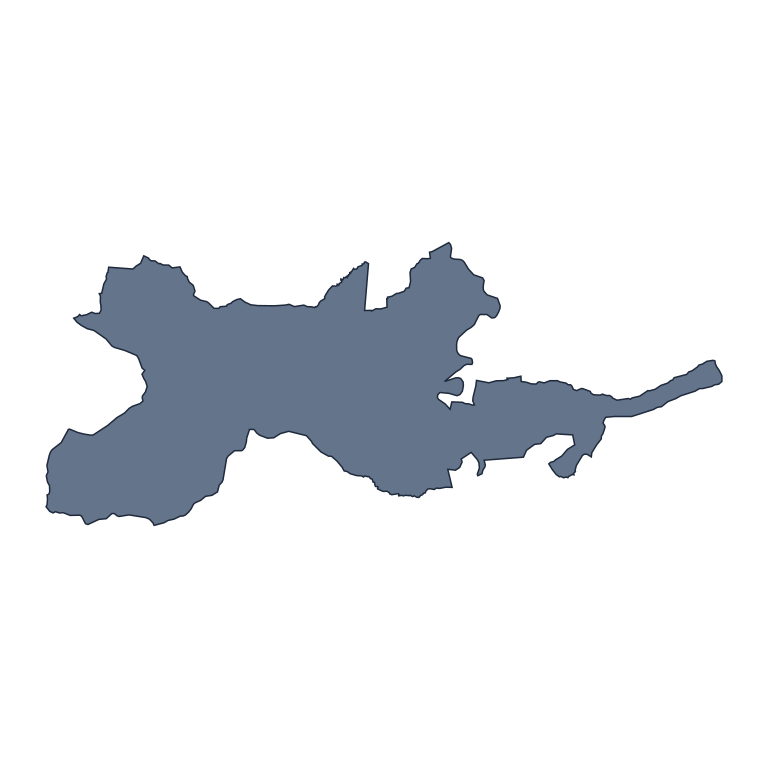 Maierus, Brasov, Romania (Mercator projection)
{"feature_id": "2599482B58193518368289", "entity_name": "Maierus", "entity_type": "district", "adm_level": 2, "iso_a3": "ROU", "parent_name": "Romania", "parent_adm1": "Brasov", "projection": "mercator", "projection_center": [25.543, 45.895], "detail": "fine", "context": "isolated", "style": "filled", "palette": "slate", "viewbox_px": 768, "rotation_deg": 0, "n_neighbors": 0, "source": "geoboundaries", "source_scale": "gbopen_adm2", "svg_char_len": 6087}
<svg xmlns="http://www.w3.org/2000/svg" viewBox="0 0 768 768"><path d="M714.9,360.9L713.2,360.3L706.9,361.3L702.3,364.1L698.9,365.1L697.6,366.8L692.4,370.6L688.7,372.0L686.7,374.4L674.2,377.7L672.6,380.0L670.6,380.6L667.7,383.1L660.9,385.4L655.1,389.3L649.5,390.8L647.9,390.6L639.6,396.2L632.1,397.9L630.3,399.3L628.4,398.5L617.0,400.2L612.5,398.0L612.0,397.0L609.7,395.5L606.3,395.5L602.4,394.1L600.5,395.1L593.6,394.8L591.1,393.2L590.2,391.4L583.0,388.7L581.4,388.5L576.6,390.6L573.4,389.4L571.9,386.1L570.6,384.8L568.0,384.7L566.1,383.1L559.9,381.9L557.6,380.7L550.0,380.7L544.1,382.9L539.3,381.8L537.9,382.3L536.3,384.0L531.3,383.9L526.4,382.2L521.2,381.5L520.9,376.2L513.7,377.8L507.0,378.2L507.8,379.5L503.7,380.6L496.2,380.8L488.9,382.8L476.5,380.4L475.8,386.2L473.2,396.6L472.7,400.7L474.4,404.9L472.7,405.1L468.5,403.8L465.3,403.7L462.4,402.3L451.8,401.9L450.1,409.3L445.1,403.9L438.4,399.3L437.4,397.4L437.8,394.6L440.0,392.5L449.2,393.4L457.0,395.7L460.0,394.5L462.4,391.2L463.4,385.6L463.1,381.9L460.7,378.5L458.3,377.7L455.5,377.9L444.5,381.5L455.9,371.9L460.0,369.4L464.0,365.6L466.6,364.3L471.9,364.4L472.6,362.8L472.0,359.3L471.2,358.4L461.1,355.8L459.3,354.9L457.4,352.3L456.7,350.4L456.6,344.6L456.9,341.8L458.5,337.6L466.5,330.2L471.0,327.5L474.3,324.6L478.8,315.6L480.2,314.5L486.9,314.5L491.8,318.0L494.7,317.6L496.6,315.7L498.6,312.0L500.0,308.3L500.1,305.6L497.5,298.4L487.2,294.9L484.0,291.3L483.3,289.4L483.2,286.4L484.1,280.5L482.6,277.9L473.7,274.8L468.5,269.1L464.2,262.1L462.5,260.4L460.3,259.5L453.7,259.0L450.8,257.7L450.4,256.7L451.6,248.5L450.5,244.5L448.8,242.6L432.0,251.7L429.5,252.2L430.4,258.2L428.2,258.7L422.2,258.5L420.2,260.3L418.4,263.2L417.0,263.7L414.6,267.5L411.2,268.9L410.0,272.6L410.6,281.4L409.0,287.8L406.2,288.1L404.2,291.3L398.5,293.3L396.4,293.5L392.1,296.2L387.5,297.2L387.6,298.6L386.8,298.7L387.0,307.2L380.9,308.9L375.8,308.8L371.7,311.0L371.4,310.4L364.6,310.5L368.5,263.6L365.3,261.8L364.5,262.1L363.9,263.7L362.1,264.1L362.2,265.3L357.9,266.9L356.8,269.0L354.3,269.2L353.6,268.4L351.7,271.4L350.5,272.2L350.7,272.9L349.7,272.8L349.5,274.5L348.6,274.7L348.3,276.0L347.3,275.9L347.2,277.5L346.1,276.8L345.2,277.8L343.8,277.5L342.9,279.8L340.9,279.0L340.8,280.1L341.5,280.8L341.8,282.0L339.2,283.6L338.7,285.1L337.2,284.2L337.0,285.7L335.9,286.2L332.5,285.9L328.7,289.9L325.8,294.5L324.6,296.9L324.8,298.6L320.8,301.0L319.3,302.5L318.3,305.0L316.4,307.0L315.4,306.7L314.6,307.6L311.7,306.8L307.0,306.6L303.9,305.1L294.4,306.6L289.1,304.3L285.2,305.1L274.2,305.8L257.8,305.6L250.8,304.8L244.8,302.0L240.4,298.7L236.7,299.6L232.7,301.6L231.1,303.2L227.3,304.6L226.5,306.2L220.2,306.7L218.7,308.4L214.0,308.3L208.8,303.1L206.6,301.6L200.6,300.2L193.6,295.7L193.6,294.3L195.0,291.1L193.2,285.3L189.3,282.2L187.5,278.4L187.2,276.5L185.5,275.8L182.3,272.2L180.0,266.9L172.1,267.9L168.8,265.1L163.1,265.0L159.9,263.4L158.8,263.8L155.2,261.0L151.0,260.7L149.2,259.3L148.7,258.2L143.8,255.8L140.6,263.3L136.2,266.0L132.9,269.0L108.7,267.2L107.9,272.4L107.3,272.7L106.1,276.4L106.5,279.1L103.8,284.0L101.7,293.3L99.3,293.6L100.4,296.0L100.3,302.3L100.9,305.6L101.1,310.1L99.4,313.3L95.1,313.5L91.7,312.2L86.6,314.7L81.2,315.8L79.6,314.5L77.8,316.6L73.7,318.2L77.1,322.3L81.3,325.4L87.2,328.7L93.8,330.4L106.0,338.9L111.9,346.0L114.4,347.4L124.9,350.5L136.7,355.5L138.4,358.1L142.1,368.1L144.8,370.3L142.0,374.2L143.8,378.5L145.7,381.6L147.2,386.5L145.4,392.0L142.5,395.9L142.2,397.6L142.9,401.1L140.0,403.6L132.7,406.2L129.2,408.3L124.6,413.0L116.9,417.6L107.9,425.3L93.3,434.9L91.0,435.2L84.2,434.1L78.1,432.6L69.5,429.1L68.4,429.4L61.2,442.6L52.1,449.7L50.5,452.0L49.3,455.2L46.9,465.5L48.0,471.9L46.3,475.8L47.5,482.0L49.5,485.7L49.7,491.6L48.9,494.2L47.1,494.9L47.5,499.0L47.1,504.5L46.1,506.8L49.8,511.4L53.1,512.9L55.5,511.7L59.4,513.0L63.3,512.7L70.1,515.4L80.0,515.2L81.8,516.5L85.5,523.7L87.9,524.5L98.9,519.4L106.2,518.7L112.0,513.5L114.5,513.6L116.8,515.7L119.0,516.5L129.0,514.9L145.8,517.6L149.5,519.2L153.0,522.9L154.1,525.4L164.2,522.7L168.0,520.5L174.1,519.1L180.1,516.2L183.4,515.9L185.4,515.0L188.6,512.1L191.1,508.9L193.5,504.2L195.3,502.7L200.6,500.4L205.6,496.3L212.0,495.3L217.5,491.9L219.2,485.2L222.0,482.1L223.0,479.9L226.6,458.5L228.2,456.0L234.6,450.7L241.4,450.7L242.6,450.1L244.7,447.7L246.4,441.7L246.7,438.1L249.5,429.4L254.1,429.5L256.8,433.1L259.6,435.2L267.5,438.2L273.7,437.8L280.4,433.6L288.7,431.3L306.5,435.7L311.5,441.4L312.5,443.5L320.9,451.9L328.4,456.1L331.5,456.3L336.8,460.9L342.2,467.3L344.1,470.9L347.3,471.6L350.2,473.7L356.7,475.6L361.6,475.9L363.6,477.0L363.8,476.3L365.6,476.1L367.4,476.7L368.8,476.5L370.6,478.7L372.3,479.2L373.0,482.0L374.4,482.3L375.2,486.0L375.9,486.6L377.7,486.6L378.0,487.1L377.5,488.8L377.9,489.1L382.9,491.4L387.2,491.3L389.3,492.8L389.9,494.0L391.7,494.7L398.4,493.7L399.2,494.7L398.6,495.5L398.8,495.9L401.8,495.3L403.1,495.9L405.8,495.3L409.6,495.7L410.2,495.2L412.4,496.6L414.3,495.9L416.8,497.3L419.0,497.4L420.6,495.4L422.6,494.7L423.5,493.2L425.3,492.9L425.8,491.2L427.8,489.1L430.0,488.7L434.2,489.5L436.3,488.1L439.7,488.4L445.9,487.2L452.1,487.4L447.8,469.3L455.5,470.2L459.7,467.4L462.1,462.0L461.2,459.0L471.2,452.4L477.4,459.7L478.9,462.7L479.4,468.0L477.3,474.2L477.8,475.7L482.0,473.7L482.9,470.1L484.9,466.9L485.3,465.0L484.2,460.2L523.4,457.2L526.5,450.3L534.5,444.4L540.8,443.6L546.5,437.3L553.4,435.5L556.2,433.9L572.7,434.9L574.7,444.9L567.4,449.4L561.8,456.0L555.4,459.9L554.1,461.3L550.4,462.4L548.8,463.9L552.4,469.7L556.1,474.4L559.3,476.8L560.8,476.5L563.8,477.8L565.9,477.0L567.9,477.7L568.6,476.5L572.1,474.6L574.0,474.8L573.5,473.5L575.4,471.6L575.1,470.4L576.3,465.6L582.4,455.5L584.1,454.3L586.9,454.2L591.3,456.9L591.8,452.8L596.4,445.2L601.2,439.0L601.5,435.7L602.8,434.1L605.0,427.4L604.9,425.9L603.1,423.1L603.8,420.6L605.7,417.3L614.4,416.5L631.7,416.5L653.6,409.4L657.4,407.3L661.5,406.7L667.9,401.6L675.8,398.6L680.7,395.8L695.0,391.2L699.5,388.6L702.5,388.6L711.8,386.4L714.7,384.8L718.7,384.2L721.9,381.5L721.9,375.8L719.3,370.6L716.5,366.5L715.4,363.9L714.9,360.9Z" fill="#64748b" stroke="#1e293b" stroke-width="1.5"/></svg>